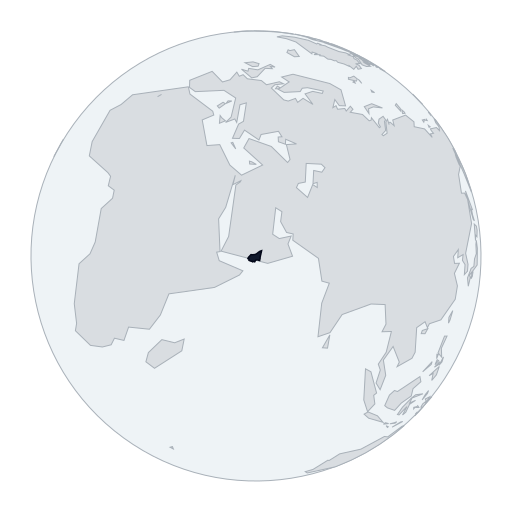 Al Mahrah highlighted on a globe, orthographic projection, rotated 36°
{"feature_id": "YEM-332", "entity_name": "Al Mahrah", "entity_type": "Governorate", "adm_level": 1, "iso_a3": "YEM", "parent_name": "Yemen", "parent_adm1": "", "projection": "orthographic", "projection_center": [51.606, 17.039], "detail": "fine", "context": "on_globe", "style": "filled", "palette": "ink", "viewbox_px": 512, "rotation_deg": 36, "n_neighbors": 0, "source": "natural_earth", "source_scale": "10m", "svg_char_len": 10826}
<svg xmlns="http://www.w3.org/2000/svg" viewBox="0 0 512 512"><g transform="rotate(36 256 256)"><circle cx="256" cy="256" r="225" fill="#eef3f6" stroke="#a8b0b8"/><path d="M301.8,35.4L290.0,33.3L287.6,32.9L301.8,35.4ZM215.5,34.4L217.5,34.1L216.1,34.4L210.2,35.5L207.6,36.0L206.0,36.3L215.5,34.4ZM205.4,36.5L205.6,36.4L201.8,37.3L205.4,36.5ZM199.7,37.9L203.3,37.1L195.9,39.0L191.9,40.1L193.9,39.4L199.7,37.9ZM171.6,47.1L171.1,47.3L162.8,51.0L157.0,53.6L171.6,47.1ZM154.7,54.8L152.5,55.9L156.0,54.4L141.4,62.2L127.4,71.6L124.0,73.9L122.1,74.8L138.0,64.1L154.7,54.8ZM31.5,274.5L32.1,280.1L33.9,293.4L34.0,294.5L31.5,274.5ZM325.2,41.6L326.2,42.0L330.7,43.5L319.4,40.2L321.0,40.3L320.7,40.2L325.2,41.6ZM242.7,31.1L241.2,31.2L235.1,31.7L232.3,32.0L242.7,31.1ZM231.7,32.0L232.8,32.0L225.3,32.8L231.7,32.0ZM312.7,38.7L311.8,38.7L310.7,38.2L312.7,38.7ZM218.8,33.9L221.0,33.5L226.9,32.7L223.5,33.4L222.7,33.4L218.8,33.9ZM251.9,30.8L251.1,30.8L252.3,30.8L241.7,31.2L244.1,31.0L251.9,30.8ZM220.6,33.7L221.7,33.8L217.5,34.6L217.0,34.3L220.6,33.7ZM229.9,32.3L232.5,32.0L230.0,32.3L229.9,32.3ZM203.5,38.2L206.0,37.3L209.3,36.8L203.5,38.2ZM222.3,33.9L223.7,33.6L225.3,33.4L225.1,33.7L222.3,33.9ZM241.1,31.4L239.5,31.6L245.3,31.2L244.2,31.5L237.3,31.9L239.8,31.9L239.4,32.0L234.2,32.2L241.1,31.4ZM229.7,33.5L220.6,34.7L215.2,36.2L212.1,36.7L221.4,34.1L229.7,33.5ZM232.8,32.7L230.2,33.2L227.7,33.3L227.9,32.9L232.8,32.7ZM245.8,31.8L249.4,31.1L250.8,31.1L245.8,31.8ZM228.6,33.9L230.9,33.6L228.6,34.0L228.6,33.9ZM241.1,32.3L242.2,32.0L243.7,32.0L241.1,32.3ZM234.4,33.6L231.5,33.9L231.5,33.5L234.4,33.6ZM237.9,33.0L239.7,33.1L233.3,33.3L238.1,32.8L237.9,33.0ZM242.4,32.4L243.6,32.2L241.7,32.5L242.4,32.4ZM235.9,35.0L227.8,35.3L227.9,34.5L235.8,34.2L235.9,35.0ZM342.1,47.8L346.6,49.8L355.1,53.8L360.9,57.3L367.1,60.7L368.2,61.1L377.5,66.6L392.8,77.7L375.6,66.9L351.7,53.0L361.0,58.1L357.5,56.7L360.0,58.6L366.7,62.7L368.4,63.2L371.9,70.9L385.3,84.4L387.8,82.5L394.0,85.9L411.3,103.0L424.0,130.6L432.4,138.1L436.0,143.9L435.5,148.6L430.2,140.1L425.6,138.2L422.7,133.1L420.2,138.8L415.9,131.9L416.0,140.3L421.0,145.3L424.8,142.3L426.7,153.4L436.5,161.8L442.6,173.9L443.1,199.0L436.1,208.9L436.8,213.2L431.4,209.8L428.1,219.5L441.3,240.3L442.3,247.1L435.2,262.6L434.3,257.6L420.1,248.6L420.2,265.3L431.1,276.3L435.0,291.2L427.8,288.2L423.6,275.2L418.5,271.6L417.9,257.3L409.9,237.5L402.5,243.2L401.2,234.7L389.0,219.4L377.3,227.2L360.1,252.7L360.9,274.5L353.6,284.9L336.9,255.5L331.3,234.9L324.1,237.6L307.9,221.2L276.5,221.6L273.1,216.3L266.9,219.0L255.7,213.7L250.9,204.9L243.6,205.4L256.7,228.6L264.6,228.2L272.7,219.2L274.8,227.5L285.7,234.7L269.8,255.1L224.9,272.6L222.4,256.3L198.0,210.4L199.7,205.5L199.7,205.0L199.5,203.9L195.4,211.8L191.8,202.9L202.9,234.5L203.9,247.9L224.3,273.6L221.9,276.0L229.0,281.4L254.1,275.7L253.8,281.1L240.9,305.8L207.8,337.8L213.3,359.9L212.8,377.9L194.7,388.4L198.8,401.9L189.8,405.7L191.0,413.0L185.2,419.9L174.6,425.6L153.8,422.6L150.5,416.0L137.0,401.4L117.4,366.3L120.4,351.8L117.7,339.2L102.9,308.6L106.0,293.6L102.6,286.1L95.2,286.0L91.5,277.0L87.2,275.6L62.3,273.0L56.2,259.7L52.3,223.9L57.8,212.8L61.4,198.1L101.8,158.9L107.4,163.8L135.9,164.3L139.0,166.8L132.5,177.5L151.4,195.5L161.2,187.2L181.4,197.8L196.8,199.1L207.9,178.5L182.6,175.8L181.3,165.1L204.0,158.4L226.6,161.8L226.8,157.9L215.1,148.0L222.9,141.5L211.4,144.1L214.1,148.3L207.0,150.4L204.0,146.7L206.9,144.3L200.9,141.9L188.7,154.7L190.2,160.4L172.7,160.9L173.5,170.7L167.8,174.6L164.4,159.5L166.7,154.4L158.2,137.8L154.1,143.0L161.9,159.3L158.3,157.6L152.9,165.8L154.2,158.2L146.7,140.1L132.7,140.8L110.3,158.7L103.1,158.7L99.1,152.8L112.0,132.4L126.6,134.9L131.4,128.7L132.4,118.5L136.8,120.4L139.0,116.9L144.9,117.7L157.2,110.9L163.8,111.3L172.5,101.3L177.0,100.5L170.6,106.4L169.7,111.1L186.7,113.4L191.0,111.7L195.3,105.3L199.4,107.2L201.4,100.8L213.0,99.9L200.4,96.0L205.1,89.5L214.1,85.5L213.4,83.0L198.7,89.6L194.8,93.1L195.1,97.0L182.6,107.1L176.0,108.1L180.5,95.7L171.6,96.1L179.1,87.2L214.3,73.1L227.1,71.6L240.2,81.9L235.0,85.4L227.8,83.1L231.0,90.8L232.4,87.4L235.8,89.3L241.1,84.5L243.8,85.7L244.3,79.4L248.2,80.3L247.8,84.3L259.0,78.9L268.1,80.1L269.3,78.4L268.1,76.3L280.4,79.7L280.8,78.4L276.9,76.7L275.1,73.0L276.7,68.3L280.9,69.7L280.8,71.6L287.1,78.2L286.5,83.7L288.3,83.9L289.9,79.6L282.3,71.3L282.0,68.1L286.5,71.5L284.8,70.0L286.0,68.9L291.2,69.4L286.7,65.6L294.2,54.1L304.9,54.6L308.0,58.4L317.7,54.1L328.9,56.5L325.3,54.7L327.5,52.4L324.0,51.5L322.4,50.6L326.5,46.0L330.7,46.7L328.3,44.1L326.4,43.4L323.2,42.6L319.4,40.2L330.7,43.5L334.3,44.9L337.5,46.0L342.1,47.8ZM84.6,180.8L82.7,185.0L84.6,180.8ZM248.5,176.9L263.3,178.3L259.9,164.9L265.3,164.6L262.2,160.5L259.6,164.0L252.4,152.9L260.0,149.5L259.9,144.0L254.9,143.3L242.2,151.6L252.4,167.2L247.6,172.4L248.5,176.9ZM116.4,79.1L122.6,74.8L118.1,78.0L112.1,83.0L106.4,87.9L110.3,84.4L108.8,85.6L112.8,82.1L116.4,79.1ZM145.4,98.6L146.1,101.2L141.9,104.8L133.5,106.1L139.5,100.7L145.4,98.6ZM148.1,104.3L154.9,92.6L160.4,92.0L156.2,94.2L159.1,94.9L153.1,98.8L151.6,110.3L147.8,114.4L134.4,113.4L140.9,111.2L139.8,108.5L148.1,104.3ZM162.7,69.9L165.8,66.5L173.7,69.2L170.0,72.2L161.4,73.2L160.8,70.3L162.7,69.9ZM186.8,41.9L187.5,41.6L189.1,41.1L189.9,41.0L186.8,41.9ZM182.1,43.2L179.9,44.1L184.1,43.0L187.0,42.1L197.9,38.8L207.7,36.0L213.5,35.0L215.0,35.1L213.5,35.6L210.2,36.0L210.6,36.4L204.7,37.4L204.4,37.9L185.7,43.4L185.5,43.2L174.8,47.6L170.1,48.8L177.2,45.7L165.5,50.3L170.0,48.1L162.2,51.5L178.5,44.5L182.1,43.2L182.1,43.2ZM228.8,44.9L225.6,43.6L225.4,47.5L219.5,47.3L219.9,47.8L214.4,48.9L208.3,51.2L206.1,50.8L204.7,52.0L201.0,52.9L198.4,54.5L193.4,54.5L189.8,56.5L189.5,55.5L184.5,59.0L186.1,56.5L181.5,58.0L182.4,59.6L162.5,59.4L152.9,62.3L144.1,66.4L147.9,62.4L158.6,56.3L171.9,50.6L180.5,48.8L180.7,47.7L184.8,46.6L183.0,47.9L188.4,45.3L191.3,44.9L203.1,41.8L209.1,39.0L213.5,38.0L212.7,39.0L217.7,37.5L219.2,38.7L222.4,38.2L227.0,39.3L223.5,41.9L227.4,41.2L231.1,42.4L228.8,44.9ZM237.0,35.3L234.1,37.7L229.5,39.0L223.3,36.7L220.2,37.0L216.1,36.3L222.9,34.6L223.4,34.9L225.6,34.8L222.6,35.3L226.6,34.9L227.4,35.4L230.7,35.3L228.9,36.1L237.0,35.3ZM144.4,163.4L147.1,164.3L151.8,164.6L148.4,170.1L144.4,163.4ZM139.0,151.0L141.7,150.8L139.3,158.0L136.5,157.3L139.0,151.0ZM145.3,144.8L142.1,150.2L142.2,146.9L145.3,144.8ZM173.4,106.0L176.6,105.7L176.1,107.3L173.4,109.3L173.4,106.0ZM226.9,58.7L225.8,57.2L227.2,56.7L229.4,53.0L233.9,53.2L234.4,55.5L226.9,58.7ZM202.4,181.7L196.8,185.3L194.9,183.1L197.2,182.3L202.4,181.7ZM170.4,177.7L176.7,181.3L169.4,179.1L170.4,177.7ZM232.2,58.3L232.5,56.7L234.6,57.8L232.2,58.3ZM237.3,53.3L240.1,54.2L234.7,52.9L237.3,53.3ZM300.4,459.3L302.6,460.7L298.9,461.2L300.4,459.3ZM251.7,376.3L239.9,406.5L229.1,406.3L225.7,397.4L229.0,379.0L241.2,374.0L246.7,365.4L251.7,376.3ZM461.0,316.8L463.4,316.4L463.1,317.5L461.0,316.8ZM458.7,314.8L461.8,313.6L457.9,317.2L458.7,314.8ZM462.9,313.1L465.9,309.6L467.3,307.3L466.8,309.5L462.9,313.1ZM456.5,315.9L442.5,321.0L436.4,320.4L438.3,316.3L448.2,313.9L456.5,315.9ZM437.8,316.4L427.8,309.1L410.9,282.9L417.0,282.1L434.1,296.0L433.1,299.5L439.1,305.8L437.8,316.4ZM460.0,289.5L458.9,299.4L451.6,301.6L448.1,301.4L445.7,290.1L447.1,283.4L450.1,282.5L459.5,257.2L463.3,260.8L461.0,271.0L463.9,278.0L460.0,289.5ZM362.1,276.4L368.0,288.5L363.7,291.2L362.1,276.4ZM461.5,240.8L458.9,251.7L460.6,237.9L461.5,240.8ZM461.3,228.4L462.5,232.9L460.1,229.1L461.3,228.4ZM438.4,219.5L435.3,221.7L434.3,218.5L437.7,213.8L438.4,219.5ZM447.3,184.5L450.6,193.8L451.2,197.2L448.1,192.1L447.3,184.5ZM271.3,61.9L263.3,66.4L260.5,70.7L263.7,74.4L255.8,71.5L260.1,64.8L271.3,61.9ZM290.9,54.6L288.1,52.1L291.6,52.4L292.7,53.0L290.9,54.6ZM287.7,53.7L280.1,52.2L279.9,50.3L286.0,51.8L287.7,53.7ZM255.9,54.1L253.3,55.3L251.7,54.2L255.9,54.1ZM444.2,379.8L425.0,401.4L422.6,401.5L427.6,395.1L434.2,378.9L435.3,378.6L440.0,366.9L454.4,350.6L466.0,326.5L468.9,324.9L474.2,308.0L475.6,306.0L472.4,318.5L472.1,319.7L466.8,335.5L460.4,350.8L452.8,365.6L444.2,379.8ZM466.7,314.5L470.6,305.2L472.0,303.6L466.7,314.5ZM478.5,291.5L478.3,292.1L479.2,286.8L479.8,280.5L478.2,281.3L477.8,277.6L479.0,273.4L477.0,272.2L479.3,267.7L479.6,275.7L480.6,267.2L481.0,266.5L478.5,291.5ZM478.1,287.6L478.3,287.2L477.8,290.3L478.1,287.6ZM473.7,284.4L473.4,287.0L472.6,285.7L473.7,284.4ZM474.8,282.0L476.8,282.8L474.5,284.4L474.8,282.0ZM465.7,279.2L466.7,284.6L469.9,279.0L467.4,285.8L469.0,294.4L468.0,298.5L466.6,289.1L465.1,300.5L463.6,301.1L463.4,292.1L465.2,279.9L466.7,274.4L472.1,269.3L465.7,279.2ZM475.0,274.8L474.4,268.4L474.7,263.4L475.5,266.5L475.0,274.8ZM471.3,253.4L468.3,246.8L466.4,251.1L469.2,237.6L471.8,246.1L471.3,253.4ZM467.3,237.2L465.7,241.1L466.7,233.5L467.3,237.2ZM464.7,238.7L463.5,233.4L465.3,233.3L464.7,238.7ZM468.3,236.9L467.0,227.4L468.7,232.4L468.3,236.9ZM460.2,221.7L465.7,228.7L460.2,227.4L455.6,210.0L457.6,208.5L460.2,221.7ZM443.4,147.9L440.5,143.6L441.1,141.7L442.9,145.2L443.4,147.9ZM440.2,133.3L440.2,139.9L439.8,146.0L442.0,147.4L445.5,155.7L440.0,149.4L437.3,139.5L438.4,136.4L434.5,129.9L432.9,124.7L427.1,117.4L425.0,113.8L430.6,119.7L440.2,133.3ZM424.5,114.5L413.8,101.9L416.7,102.3L419.7,105.1L423.4,110.5L421.6,110.0L424.5,114.5ZM412.0,99.2L410.2,98.7L390.6,83.2L387.2,80.2L403.7,91.2L402.8,91.5L407.1,95.5L412.0,99.2ZM314.2,39.3L312.0,38.7L314.0,39.1L314.2,39.3ZM320.4,50.2L318.6,49.0L321.0,49.1L320.4,50.2ZM314.9,45.8L313.5,46.5L313.3,45.2L314.9,45.8ZM310.6,48.2L312.1,46.4L313.1,49.1L310.6,48.2Z" fill="#d9dde1" stroke="#a8b0b8" stroke-width="1"/><path d="M257.4,248.4L257.5,248.6L257.7,249.0L257.8,249.4L258.0,249.8L258.2,250.1L258.3,250.5L258.5,250.9L258.6,251.3L258.8,251.6L259.0,252.0L259.1,252.4L259.3,252.8L259.5,253.2L259.6,253.5L259.8,253.9L259.9,254.3L260.1,254.7L260.2,255.0L260.4,255.0L260.5,255.1L260.6,255.4L260.9,255.9L261.1,256.5L261.4,257.0L261.6,257.5L261.3,257.6L261.2,257.6L260.9,257.8L260.7,257.9L260.3,258.0L259.7,258.2L259.5,258.3L259.1,258.6L258.7,258.9L258.6,259.0L258.5,259.3L258.4,259.4L258.3,259.5L258.2,259.8L258.2,260.0L258.2,260.3L258.2,260.6L258.3,260.7L258.3,261.0L258.4,261.4L258.4,261.5L258.2,261.6L257.7,261.8L257.2,262.0L256.9,262.2L256.6,262.3L256.3,262.4L256.2,262.5L256.3,262.7L256.2,262.7L255.8,262.7L255.7,262.8L255.4,263.0L255.2,263.1L254.9,263.1L254.7,263.2L254.0,263.4L253.1,263.6L252.9,263.6L252.9,263.4L252.8,263.2L252.7,263.1L252.6,262.9L252.4,262.9L252.1,262.8L251.9,262.8L251.7,262.9L251.4,262.9L251.2,262.9L250.9,262.8L250.9,262.7L251.0,262.4L251.2,262.2L251.1,261.9L250.9,261.9L250.7,261.8L250.7,261.7L250.7,261.4L250.7,261.2L250.8,260.9L250.8,260.6L251.1,260.1L251.1,259.9L250.9,259.8L250.9,259.7L251.1,258.4L251.1,258.2L251.1,257.9L251.3,257.7L252.1,257.3L252.4,257.1L252.7,256.8L254.2,255.5L254.7,254.8L255.2,253.8L255.5,252.7L255.8,251.5L256.4,249.9L257.4,248.4L257.4,248.4Z" fill="#0f172a" stroke="#020617" stroke-width="1.5"/></g></svg>